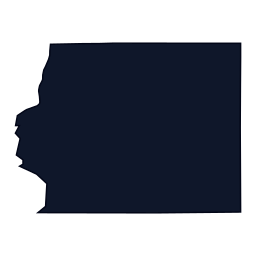 Whiteside, Illinois, United States of America
{"feature_id": "52423323B38843546527060", "entity_name": "Whiteside", "entity_type": "district", "adm_level": 2, "iso_a3": "USA", "parent_name": "United States of America", "parent_adm1": "Illinois", "projection": "orthographic", "projection_center": [-90.084, 41.758], "detail": "fine", "context": "isolated", "style": "filled", "palette": "ink", "viewbox_px": 256, "rotation_deg": 0, "n_neighbors": 0, "source": "geoboundaries", "source_scale": "gbopen_adm2", "svg_char_len": 614}
<svg xmlns="http://www.w3.org/2000/svg" viewBox="0 0 256 256"><path d="M240.6,57.2L240.6,43.3L220.1,43.3L113.5,43.2L110.2,43.3L99.3,43.6L82.6,43.7L50.5,44.3L49.9,50.8L49.8,55.2L48.6,59.4L45.6,66.4L43.8,70.0L42.8,75.0L42.7,79.3L42.0,81.1L39.7,85.5L39.5,86.2L38.8,89.6L38.7,91.1L39.5,96.3L39.9,101.5L39.8,102.7L39.4,103.9L37.3,105.8L26.7,109.6L24.8,110.7L17.4,115.6L15.6,125.6L19.4,125.6L15.4,133.2L20.2,138.5L16.4,155.0L23.0,159.8L23.0,164.2L19.6,166.2L36.6,174.1L46.9,183.6L45.6,206.4L38.0,212.6L156.2,212.8L240.6,212.0L240.2,127.4L240.4,85.6L240.6,57.2Z" fill="#0f172a" stroke="#020617" stroke-width="1.5"/></svg>